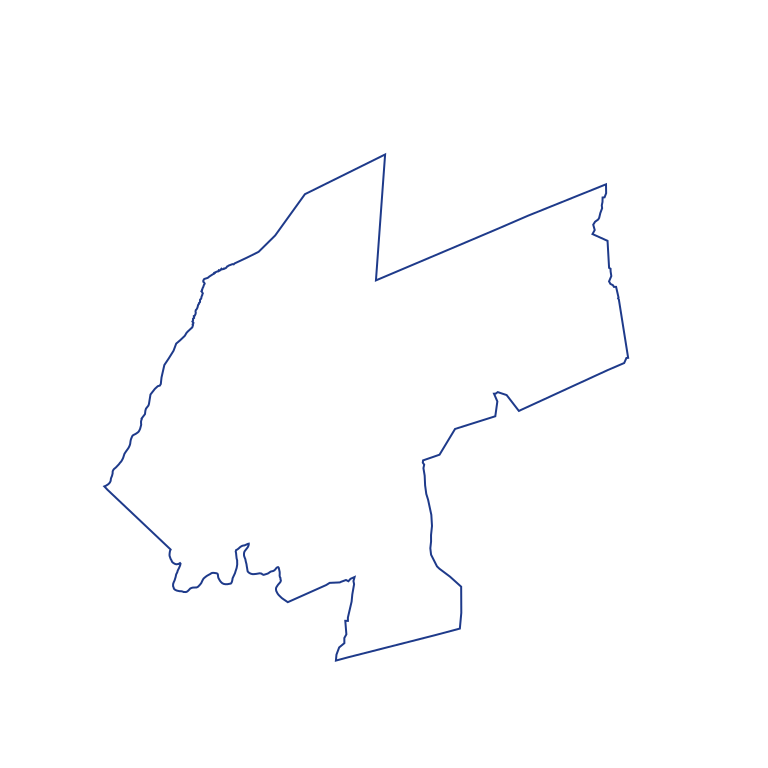 the district of Candela, Coahuila, Mexico, rotated 205°
{"feature_id": "50627088B44325844146536", "entity_name": "Candela", "entity_type": "district", "adm_level": 2, "iso_a3": "MEX", "parent_name": "Mexico", "parent_adm1": "Coahuila", "projection": "equal_earth", "projection_center": [-100.597, 26.828], "detail": "fine", "context": "isolated", "style": "outline", "palette": "blue", "viewbox_px": 768, "rotation_deg": 205, "n_neighbors": 0, "source": "geoboundaries", "source_scale": "gbopen_adm2", "svg_char_len": 5974}
<svg xmlns="http://www.w3.org/2000/svg" viewBox="0 0 768 768"><g transform="rotate(205 384 384)"><path d="M267.2,658.8L324.5,597.5L346.9,572.3L384.4,530.7L435.1,474.5L480.0,592.5L535.9,522.6L545.4,472.6L553.5,450.8L561.7,440.5L570.4,430.1L570.8,428.9L572.0,428.6L574.9,425.6L575.4,424.6L575.8,424.3L576.2,422.5L577.5,420.9L577.8,421.0L578.0,420.4L579.2,419.5L580.0,419.8L580.1,419.5L580.3,418.2L580.6,418.2L581.0,417.2L581.6,417.2L581.5,416.9L581.5,416.6L581.6,416.4L581.8,416.5L581.8,416.2L582.0,415.9L582.6,415.6L583.5,414.6L584.7,413.2L584.4,412.9L584.8,412.6L584.7,412.4L584.7,412.0L585.3,411.4L586.2,410.0L587.7,407.6L588.6,405.7L591.3,403.2L591.5,401.5L591.0,400.3L589.8,399.9L588.9,399.1L589.1,397.9L588.8,395.3L588.9,394.4L588.8,393.6L588.7,393.1L588.8,392.6L588.4,391.7L588.7,390.9L587.2,390.1L586.5,389.5L586.5,389.4L586.5,389.2L586.5,388.7L586.5,388.3L586.4,388.0L586.3,387.8L586.3,387.5L586.3,387.1L586.3,386.4L586.3,386.1L585.9,384.6L585.8,384.2L585.9,383.8L585.9,383.6L586.2,383.2L586.3,382.7L586.2,382.6L585.9,381.5L585.5,380.9L585.4,380.5L585.4,380.2L585.6,379.8L585.9,379.2L585.9,378.9L585.6,378.4L585.6,378.1L585.7,377.8L585.7,377.6L585.9,377.0L585.9,376.8L585.7,376.3L585.5,375.1L585.3,374.3L585.4,373.7L585.4,373.0L585.4,372.6L585.5,372.2L585.7,371.7L585.8,371.5L585.8,371.2L585.6,370.7L585.5,370.2L585.4,370.0L585.2,369.6L584.8,369.2L584.7,369.0L584.6,368.5L584.4,367.8L584.4,367.5L584.4,366.0L584.5,365.8L584.5,365.7L585.0,365.4L585.1,365.2L584.9,364.9L584.4,364.2L584.1,363.8L584.0,363.6L584.1,363.4L584.6,362.8L584.7,362.4L584.6,362.1L584.1,361.4L584.0,361.1L583.9,360.7L583.9,360.4L584.0,360.2L584.1,359.7L583.7,359.4L583.3,359.2L582.9,359.2L582.7,359.1L582.5,358.8L582.5,358.5L582.5,358.3L582.5,358.2L582.5,357.9L582.7,357.2L582.5,356.9L582.4,356.8L582.0,356.7L581.7,354.4L584.0,348.7L584.6,346.8L584.9,343.5L587.2,337.6L589.4,332.8L588.8,325.2L589.9,316.2L591.1,308.4L588.4,295.9L586.3,289.7L586.5,287.8L588.1,286.4L589.6,282.8L591.2,275.8L588.6,266.6L588.4,264.9L589.3,261.1L589.0,259.0L587.9,255.7L589.1,250.3L588.9,250.2L588.7,250.0L588.7,249.9L588.7,249.2L588.6,248.6L588.4,247.5L588.0,246.6L587.3,245.2L586.9,244.6L586.7,243.7L586.1,240.3L586.1,239.7L586.1,238.3L586.2,237.4L586.3,236.9L586.8,235.8L588.0,233.8L589.6,231.8L589.9,231.2L590.1,230.6L590.1,230.2L590.1,229.1L590.0,227.3L589.9,226.5L589.7,225.6L589.3,224.2L588.8,222.7L588.6,221.6L588.5,220.5L588.5,218.6L588.6,217.8L588.7,217.1L589.3,214.0L589.6,212.0L589.7,211.2L589.7,210.7L589.6,210.0L589.5,209.2L589.3,207.7L589.2,206.8L589.2,205.3L589.3,203.9L589.4,202.8L590.0,200.9L590.3,199.3L590.6,198.4L591.4,196.0L591.7,195.1L592.3,193.8L592.6,193.2L592.8,192.7L593.0,191.7L593.0,191.1L593.0,190.3L592.8,189.7L592.6,189.2L592.2,188.4L591.9,186.9L591.7,185.9L591.6,183.8L591.5,182.8L590.8,180.7L590.8,180.2L590.8,179.7L590.8,178.9L591.0,178.2L591.2,177.5L591.6,176.6L592.0,175.9L592.4,175.3L592.8,174.6L593.2,174.1L594.2,173.0L590.0,171.3L507.4,143.8L507.4,142.3L507.0,140.8L506.4,139.0L505.7,137.6L504.7,136.6L503.6,135.4L502.0,134.3L501.0,133.3L499.5,132.8L497.7,132.6L496.1,132.8L495.0,133.5L494.2,134.0L493.2,135.5L492.5,135.2L492.1,133.4L492.0,130.4L492.1,127.8L491.8,125.9L491.9,123.6L491.3,121.1L490.8,117.5L490.8,115.4L490.6,113.6L489.7,111.6L488.6,110.6L487.9,109.7L486.3,109.2L484.6,109.2L483.1,109.5L481.8,109.8L479.8,110.6L478.7,110.8L477.7,110.8L476.7,111.3L475.6,111.7L474.6,112.8L474.0,114.2L473.2,116.7L472.3,117.8L471.2,118.7L467.9,120.4L467.0,121.4L466.4,123.0L465.9,124.6L465.5,126.3L465.5,127.7L465.5,129.2L465.4,130.5L465.3,131.4L464.7,132.8L463.6,135.0L462.7,136.3L461.9,137.4L461.0,138.6L460.5,139.6L459.5,140.4L458.4,140.9L455.8,141.7L454.8,141.7L454.1,141.2L453.0,139.4L452.2,138.3L449.6,136.4L448.0,135.6L446.4,135.1L444.7,135.1L442.9,135.6L441.3,136.4L438.5,138.4L438.2,139.6L438.4,141.3L438.7,142.6L439.1,143.9L439.1,145.4L439.1,147.5L439.1,149.6L439.4,151.5L439.8,154.9L440.3,156.8L440.8,158.5L441.9,160.7L442.5,162.0L443.9,163.7L445.9,167.0L446.6,168.2L447.6,169.5L447.7,170.1L447.8,171.1L447.3,171.6L446.8,172.4L446.1,173.8L445.6,175.1L444.8,176.5L444.1,177.4L443.3,178.1L442.3,178.7L440.8,180.4L440.0,181.4L439.1,182.1L438.8,181.5L438.5,180.1L438.5,178.5L438.9,176.7L439.3,174.9L439.6,173.6L439.6,172.5L439.2,171.1L438.5,169.6L437.8,168.7L436.7,167.6L435.6,166.6L434.4,164.9L432.5,162.6L431.4,160.9L430.2,159.2L429.2,157.7L428.3,156.5L427.3,156.1L426.0,155.8L424.4,155.8L422.9,156.1L421.4,156.8L419.4,158.0L416.7,159.9L414.9,160.4L413.9,160.1L412.6,160.1L411.8,160.7L409.2,163.1L408.5,164.2L407.9,165.3L407.3,166.2L405.4,167.7L404.6,168.8L404.1,170.2L403.9,171.3L403.6,172.2L403.0,173.0L402.4,173.3L401.6,172.8L400.3,171.1L399.1,169.5L398.3,167.9L397.6,166.2L396.8,165.1L395.8,164.4L395.4,163.4L394.5,162.5L394.2,161.2L394.4,160.0L395.2,157.3L395.6,154.7L395.6,153.4L395.1,152.2L394.2,150.9L391.9,149.1L390.4,148.3L388.2,147.5L386.1,146.8L383.9,146.4L379.0,145.6L351.4,177.4L349.2,180.8L340.2,185.5L339.3,186.6L335.6,190.3L332.9,190.2L332.0,193.3L329.1,196.6L328.4,192.5L326.5,189.9L323.8,179.9L321.4,173.1L318.0,157.0L316.6,154.1L319.0,153.0L312.3,141.2L312.6,137.0L310.4,132.4L313.3,126.3L312.7,118.6L310.7,113.0L301.2,121.0L231.5,178.0L211.9,194.4L217.2,209.2L228.4,232.9L242.8,237.3L255.7,240.0L258.9,241.1L269.2,249.2L272.6,254.7L274.8,261.2L277.5,266.9L280.5,275.6L285.8,285.4L295.1,297.7L299.2,302.2L303.9,309.5L308.4,318.1L312.7,324.4L313.5,327.9L315.6,329.1L316.3,331.3L307.9,339.4L303.8,343.4L300.6,373.3L269.5,401.8L273.9,416.1L280.2,421.7L278.7,422.5L277.5,424.7L268.2,425.8L250.4,416.6L195.5,481.3L187.0,491.3L175.2,504.5L175.2,505.5L175.3,510.0L173.8,510.9L206.9,559.9L208.1,560.6L208.0,561.5L214.7,570.1L216.7,569.2L218.3,570.3L221.1,570.4L223.4,572.1L223.6,577.9L226.2,581.8L227.4,584.2L229.1,584.4L241.9,608.2L258.4,608.0L258.1,612.6L261.7,616.8L261.3,620.2L259.4,623.6L259.2,625.5L260.2,630.4L260.6,635.5L262.1,637.9L262.9,641.3L264.7,645.4L263.0,646.4L263.3,650.8L267.2,658.8Z" fill="none" stroke="#1e3a8a" stroke-width="2"/></g></svg>